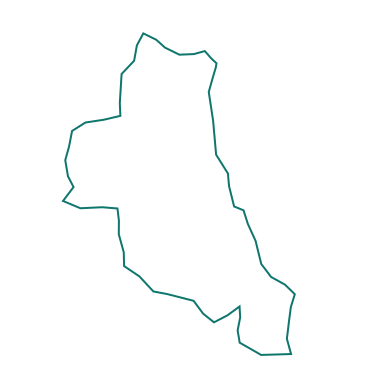 the district of Lac Wey, Logone Occidental, Chad, rotated 282°
{"feature_id": "50815135B84328468709684", "entity_name": "Lac Wey", "entity_type": "district", "adm_level": 2, "iso_a3": "TCD", "parent_name": "Chad", "parent_adm1": "Logone Occidental", "projection": "orthographic", "projection_center": [15.996, 8.649], "detail": "fine", "context": "isolated", "style": "outline", "palette": "teal", "viewbox_px": 384, "rotation_deg": 282, "n_neighbors": 0, "source": "geoboundaries", "source_scale": "gbopen_adm2", "svg_char_len": 1051}
<svg xmlns="http://www.w3.org/2000/svg" viewBox="0 0 384 384"><g transform="rotate(282 192 192)"><path d="M226.8,62.0L210.8,62.3L196.8,61.4L181.6,67.4L172.2,75.1L156.4,67.7L152.9,86.2L158.4,107.2L160.4,122.5L149.0,126.4L135.4,129.2L118.8,137.8L105.4,141.0L98.5,158.1L86.7,174.9L87.0,189.0L85.9,216.2L75.3,228.2L69.1,240.6L78.8,252.4L89.9,262.3L79.4,265.2L66.1,265.4L54.5,270.0L47.0,293.5L54.1,322.6L68.2,315.3L74.3,314.8L85.1,313.8L100.0,312.6L101.8,312.8L102.2,312.8L104.3,313.0L113.4,313.8L113.5,313.7L120.7,302.2L125.3,287.1L136.0,274.7L157.5,264.3L170.6,254.6L172.8,253.0L174.3,252.2L184.8,246.2L186.1,239.0L186.6,236.2L205.3,227.1L211.6,225.1L217.6,223.3L219.3,221.6L224.8,216.3L232.7,208.6L233.6,207.8L266.2,197.8L293.3,187.6L307.7,188.5L318.8,189.4L322.6,189.2L323.0,189.2L326.1,184.0L326.5,183.5L327.0,182.6L330.1,178.5L332.5,175.2L327.3,165.2L323.7,151.1L327.6,135.6L333.5,125.3L337.0,111.4L323.9,107.6L308.3,108.1L292.8,98.6L264.0,102.9L251.6,106.1L244.3,90.6L237.8,73.3L226.8,62.0Z" fill="none" stroke="#0f766e" stroke-width="2"/></g></svg>